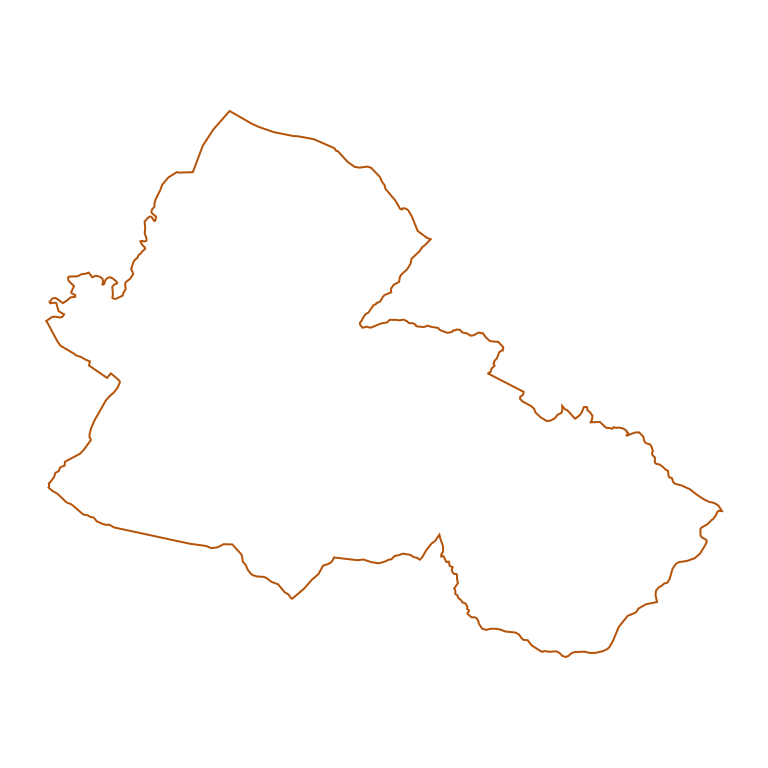 the district of Sesquilé, Cundinamarca, Colombia
{"feature_id": "7082276B63627699058168", "entity_name": "Sesquilé", "entity_type": "district", "adm_level": 2, "iso_a3": "COL", "parent_name": "Colombia", "parent_adm1": "Cundinamarca", "projection": "orthographic", "projection_center": [-73.794, 5.015], "detail": "fine", "context": "isolated", "style": "outline", "palette": "amber", "viewbox_px": 768, "rotation_deg": 0, "n_neighbors": 0, "source": "geoboundaries", "source_scale": "gbopen_adm2", "svg_char_len": 6056}
<svg xmlns="http://www.w3.org/2000/svg" viewBox="0 0 768 768"><path d="M48.5,487.6L52.7,491.1L57.2,493.5L66.5,502.4L71.1,504.2L73.4,505.9L83.1,514.4L88.0,515.4L90.1,516.8L93.7,517.5L96.7,521.3L103.0,524.1L105.9,524.8L109.3,524.7L113.9,527.4L190.2,543.8L206.3,546.0L211.5,548.2L217.5,547.3L223.7,544.2L232.3,544.4L241.3,554.3L242.1,556.7L242.8,561.7L245.6,564.8L248.1,570.4L251.2,574.1L253.1,575.3L257.3,576.5L264.1,576.9L266.6,578.1L271.5,581.9L278.1,584.3L284.6,592.1L288.7,594.7L291.1,598.2L292.2,598.7L303.8,588.9L312.0,579.6L318.5,574.0L323.1,565.6L328.4,563.9L331.1,562.3L332.8,560.1L334.0,557.5L357.6,560.2L363.3,559.5L371.5,562.2L378.9,563.3L384.9,561.6L388.7,559.7L391.3,559.3L394.8,555.9L398.7,555.2L402.4,553.8L403.9,553.8L410.3,554.9L414.1,557.2L417.0,557.7L419.7,559.7L422.2,557.3L426.2,550.3L431.4,543.7L435.1,540.9L439.4,534.7L440.6,539.6L442.9,545.7L443.2,550.3L442.9,551.9L441.2,554.8L441.2,556.5L443.5,556.2L446.3,562.0L447.5,562.1L448.2,561.5L449.1,561.9L449.4,565.2L449.9,566.1L452.7,567.2L451.7,570.0L452.8,572.7L454.3,574.0L456.2,573.9L457.0,574.9L457.1,579.4L457.9,583.1L454.2,588.6L455.3,590.2L455.3,594.0L457.5,595.4L458.1,597.7L461.4,600.5L462.2,602.3L465.6,603.5L467.3,606.5L467.1,608.8L468.9,610.3L469.0,611.0L467.5,613.1L467.6,613.8L470.7,616.7L471.8,617.3L474.9,617.3L477.0,618.7L478.3,621.0L478.8,623.5L482.1,628.6L486.2,629.9L490.3,628.8L496.6,628.8L500.3,629.6L505.4,631.5L515.7,632.6L519.0,634.5L521.4,638.0L523.3,639.8L527.8,640.3L531.6,645.3L541.1,651.4L542.4,651.8L544.5,651.0L549.2,651.8L556.0,651.3L559.1,652.6L562.4,655.9L565.7,657.0L568.3,656.0L571.5,653.2L574.4,652.1L584.5,651.7L590.3,653.0L596.1,652.8L603.0,651.1L607.6,648.9L609.7,646.7L612.9,641.0L618.7,627.0L627.6,615.9L634.9,612.9L636.4,611.7L638.4,608.6L645.6,604.4L657.0,602.0L655.5,594.9L656.1,590.5L659.2,586.9L661.2,586.2L664.4,583.4L666.9,582.9L667.6,582.2L669.6,579.0L672.6,568.6L676.2,563.7L679.0,562.1L687.2,560.9L694.7,558.2L700.0,553.7L705.0,545.5L706.5,542.3L706.7,540.7L705.9,539.5L702.3,537.8L700.5,535.5L700.4,529.2L701.4,527.7L707.5,524.2L711.4,520.1L712.9,519.3L715.9,515.4L717.4,511.8L718.7,510.8L721.9,511.1L718.6,505.8L716.6,504.3L713.6,502.8L709.2,501.9L704.0,499.4L696.4,494.4L689.8,489.2L681.6,485.5L674.8,483.6L673.0,481.7L672.1,478.4L671.5,477.8L669.9,477.7L668.6,476.5L668.0,470.8L665.8,469.8L662.7,466.7L659.5,464.5L656.3,463.9L654.9,462.5L654.9,457.5L652.3,454.9L652.0,453.1L652.9,451.2L651.4,446.3L650.1,444.5L645.6,443.0L644.3,441.0L643.2,436.5L639.1,432.4L634.9,432.5L626.9,435.6L626.6,434.9L628.3,434.1L627.9,432.6L626.7,431.9L626.7,431.1L625.7,430.0L622.7,428.3L618.8,427.6L615.7,427.9L613.9,427.1L612.0,428.9L610.8,428.2L606.6,427.8L605.6,427.3L599.9,422.0L590.7,422.3L592.0,419.5L592.5,415.9L590.1,412.3L587.4,410.2L587.2,407.6L586.7,407.0L584.0,407.0L581.6,412.8L579.3,415.5L575.5,418.6L574.3,418.0L569.2,412.2L567.0,410.0L565.2,409.4L562.2,406.0L562.3,410.3L561.4,413.0L557.6,414.7L555.0,418.2L550.8,420.5L547.0,421.1L540.7,417.4L535.5,412.5L534.0,408.7L531.1,406.1L522.7,401.5L520.2,399.1L520.1,397.0L523.1,394.6L523.7,391.9L488.2,373.6L488.4,372.9L490.5,372.1L491.5,368.6L494.6,365.7L493.4,363.7L494.2,362.4L494.2,361.2L497.0,358.2L499.1,352.3L501.7,350.4L502.8,350.5L503.3,347.2L498.3,341.9L491.1,341.3L489.4,340.6L485.8,337.4L482.8,333.1L481.7,333.4L479.6,332.6L478.3,332.7L473.6,335.3L470.6,335.7L466.9,333.4L462.0,332.4L460.3,329.9L456.6,329.5L455.0,330.4L453.0,330.5L452.1,331.8L447.7,332.9L441.2,330.6L439.3,329.5L438.2,328.0L430.2,326.6L428.5,325.8L426.8,325.8L425.3,326.7L422.7,327.0L416.6,326.3L415.8,325.8L415.6,324.7L413.1,323.3L408.8,323.0L407.1,321.3L403.6,319.6L399.2,320.4L396.6,319.9L389.6,319.9L387.1,322.4L381.2,323.4L371.2,327.5L369.4,327.5L367.3,326.7L362.4,327.7L360.0,324.4L359.8,323.0L361.3,321.2L363.8,316.5L366.0,313.8L368.2,312.8L373.6,305.1L375.8,304.3L376.5,303.0L379.3,302.0L380.6,300.8L382.8,296.9L384.5,295.1L391.2,292.3L390.9,289.7L391.6,287.6L394.0,284.6L399.1,281.9L399.9,276.8L401.4,274.5L407.0,269.4L409.1,266.2L410.5,263.8L411.6,258.7L419.5,251.2L422.4,247.0L425.0,245.1L430.7,239.2L426.9,237.8L417.7,231.0L411.6,215.9L408.2,210.3L406.2,208.8L404.4,208.3L402.7,208.4L402.1,209.5L400.1,208.8L395.3,200.5L385.8,189.2L384.9,187.5L384.8,185.5L381.7,181.3L379.9,177.0L371.3,167.9L367.5,166.6L359.7,167.6L354.7,166.9L347.5,161.8L337.9,151.2L336.2,150.9L334.4,148.2L313.8,139.2L298.8,136.4L293.2,136.0L273.7,132.1L258.2,126.7L251.7,123.7L229.6,111.0L213.3,129.5L202.8,145.7L192.8,172.2L178.9,172.6L176.9,172.1L168.4,177.4L162.2,184.8L160.3,190.1L155.6,199.3L154.6,202.8L154.4,206.8L152.3,209.1L151.5,211.0L151.5,212.3L152.2,213.4L156.0,216.5L155.6,219.9L155.0,220.9L154.1,220.9L151.7,217.1L150.0,216.5L147.9,217.8L144.6,221.6L145.2,228.9L144.7,233.4L146.5,238.5L146.5,240.3L146.0,241.1L144.7,241.4L141.5,240.9L140.4,241.3L142.3,245.1L144.8,247.3L145.2,248.7L141.5,252.2L140.9,253.4L138.6,255.0L137.3,258.0L135.2,259.5L133.6,261.7L131.1,269.1L132.7,272.2L133.1,274.3L130.3,278.6L125.6,282.3L125.2,284.9L125.7,289.1L123.6,292.5L122.6,295.6L116.0,298.8L113.4,298.6L112.4,297.9L112.9,294.3L112.3,286.8L114.3,284.4L117.0,283.5L117.3,282.9L116.2,281.2L112.7,278.5L110.2,277.2L107.4,278.0L105.5,280.0L103.9,284.3L102.6,284.6L102.3,283.9L103.2,282.4L102.5,278.8L100.3,277.0L96.8,275.8L95.3,275.9L92.3,277.3L88.7,272.6L85.8,273.7L81.8,274.1L77.6,276.3L69.0,276.6L68.0,277.6L68.6,280.8L74.0,286.1L71.1,292.4L71.9,293.5L75.3,295.1L75.2,296.8L70.5,297.4L66.4,300.9L62.9,303.1L55.7,298.0L53.2,298.2L52.1,298.8L49.5,302.0L50.3,303.2L55.2,302.7L56.3,303.1L58.6,311.2L64.1,314.4L62.5,316.7L60.5,317.5L54.3,316.6L51.7,317.2L46.1,321.1L47.6,323.0L57.3,341.2L60.5,345.7L74.4,353.9L75.7,355.2L81.3,357.1L85.2,359.5L89.9,361.4L89.0,365.5L107.0,377.9L110.9,373.4L118.5,379.8L119.6,381.2L119.9,382.4L117.7,387.5L113.7,392.7L109.8,396.0L105.8,400.5L94.5,420.4L91.1,428.2L89.6,433.9L89.5,437.3L90.8,439.3L90.6,440.5L83.6,450.0L79.9,453.8L65.0,461.7L64.6,465.6L60.7,467.1L59.8,468.1L58.9,470.8L55.3,473.0L54.1,477.0L50.2,482.3L48.8,483.2L49.2,486.3L48.5,487.6Z" fill="none" stroke="#b45309" stroke-width="2"/></svg>